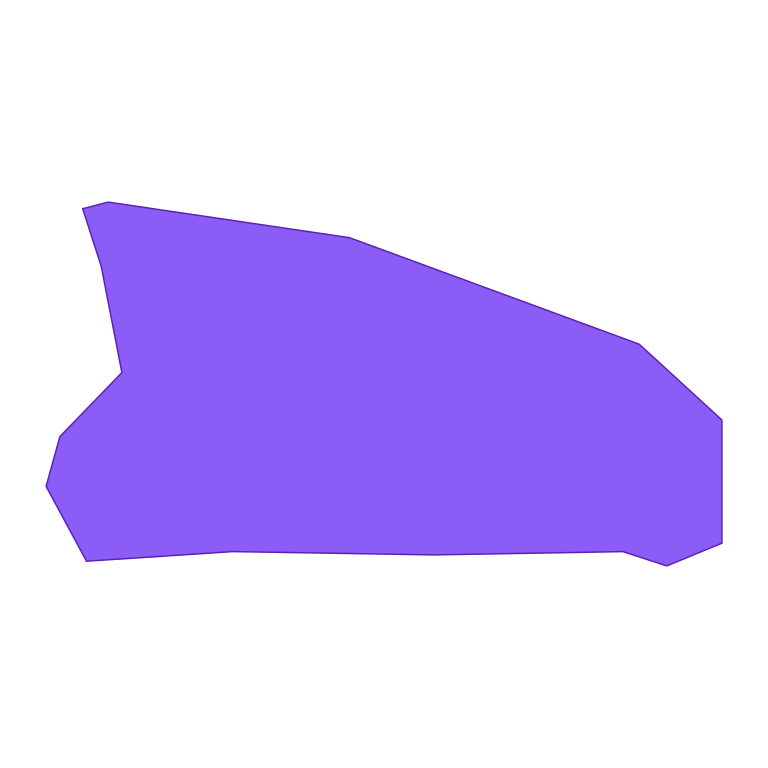 Grande Riviere/Des Branch, Dennery, Saint Lucia (orthographic projection)
{"feature_id": "8701671B98296158896120", "entity_name": "Grande Riviere/Des Branch", "entity_type": "district", "adm_level": 2, "iso_a3": "LCA", "parent_name": "Saint Lucia", "parent_adm1": "Dennery", "projection": "orthographic", "projection_center": [-60.935, 13.934], "detail": "fine", "context": "isolated", "style": "filled", "palette": "violet", "viewbox_px": 768, "rotation_deg": 0, "n_neighbors": 0, "source": "geoboundaries", "source_scale": "gbopen_adm2", "svg_char_len": 355}
<svg xmlns="http://www.w3.org/2000/svg" viewBox="0 0 768 768"><path d="M86.5,561.2L167.6,555.9L232.7,551.6L281.5,552.4L434.0,554.9L573.7,552.5L622.8,551.6L666.8,565.9L721.9,543.2L721.9,420.0L639.2,344.2L349.5,237.7L108.1,202.1L82.7,208.7L101.2,266.1L121.9,372.6L59.9,436.6L46.1,486.3L86.5,561.2Z" fill="#8b5cf6" stroke="#5b21b6" stroke-width="1.5"/></svg>